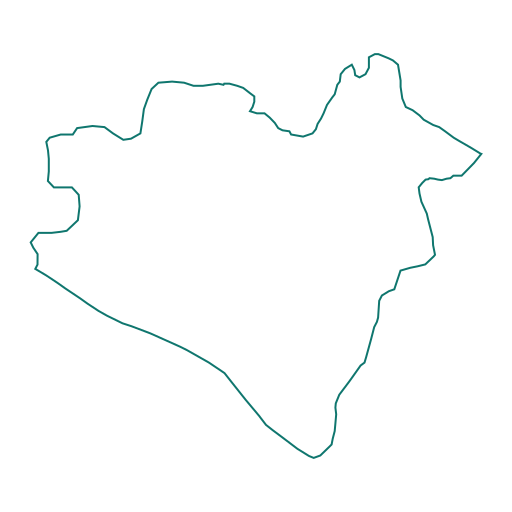 Daquq, At-Ta'mim, Iraq
{"feature_id": "34846034B46783343918511", "entity_name": "Daquq", "entity_type": "district", "adm_level": 2, "iso_a3": "IRQ", "parent_name": "Iraq", "parent_adm1": "At-Ta'mim", "projection": "natural_earth1", "projection_center": [44.248, 34.995], "detail": "fine", "context": "isolated", "style": "outline", "palette": "teal", "viewbox_px": 512, "rotation_deg": 0, "n_neighbors": 0, "source": "geoboundaries", "source_scale": "gbopen_adm2", "svg_char_len": 2136}
<svg xmlns="http://www.w3.org/2000/svg" viewBox="0 0 512 512"><path d="M331.6,444.5L332.7,438.8L334.7,431.1L335.4,423.4L336.2,414.3L335.4,407.6L335.8,403.3L339.3,394.7L349.4,381.3L352.9,376.4L360.6,365.5L364.5,362.6L366.1,357.3L371.1,339.1L374.2,327.1L376.9,321.9L378.1,317.6L379.2,300.8L381.9,295.5L388.9,291.2L394.3,289.3L400.5,270.6L410.2,267.8L417.6,266.3L425.3,264.4L433.8,256.3L435.0,254.8L433.1,245.2L432.7,237.1L428.0,218.9L426.8,213.6L421.4,201.7L419.5,193.5L418.7,187.3L422.2,183.0L425.6,179.6L428.4,179.2L429.5,178.2L434.2,178.7L438.0,179.6L441.9,180.1L446.6,178.7L450.4,178.2L453.3,175.7L455.7,175.7L461.6,175.7L474.0,163.0L481.3,153.9L480.3,153.5L471.7,148.2L458.9,140.8L453.7,137.7L445.1,131.3L439.2,127.1L433.2,125.0L423.7,119.7L419.5,115.4L412.6,110.2L405.8,107.0L402.3,98.5L400.6,86.9L400.6,80.5L398.0,64.7L392.9,60.4L388.6,58.3L378.3,54.1L374.9,54.1L368.9,57.3L368.9,67.8L365.5,74.2L359.5,77.4L355.2,75.2L354.4,70.0L351.8,64.7L345.0,68.9L340.7,74.2L339.8,81.6L337.3,84.8L334.7,94.3L332.2,97.5L327.0,104.9L323.6,113.3L321.0,118.6L317.6,123.9L315.9,129.2L312.5,133.4L303.1,136.6L291.1,134.5L289.4,131.3L282.5,130.3L278.2,128.1L274.8,122.9L269.7,117.6L264.5,113.3L256.8,113.3L250.0,111.2L252.6,107.0L254.3,101.7L254.3,96.4L250.0,93.2L243.2,87.9L237.2,85.8L229.5,83.7L224.2,83.7L223.5,84.8L218.3,83.7L202.9,85.8L193.5,85.8L184.1,82.7L172.1,81.6L158.4,82.7L151.6,89.0L147.3,99.6L143.9,109.1L142.2,121.8L140.4,133.4L131.0,138.7L123.3,139.8L113.0,133.4L104.5,127.1L92.5,126.0L77.1,128.1L72.8,134.5L60.8,134.5L49.7,137.7L46.3,141.9L48.0,150.4L48.8,158.8L48.8,171.5L47.9,181.0L53.9,187.4L62.5,187.4L71.9,187.4L78.7,194.8L79.6,206.4L77.9,220.2L66.7,230.8L60.7,231.8L51.3,232.9L38.4,232.9L30.7,242.4L33.3,247.7L37.6,254.1L37.5,264.6L35.3,268.9L46.2,275.4L57.8,283.1L65.1,288.3L80.2,298.4L87.6,303.7L98.5,310.9L107.0,315.7L122.5,323.3L131.4,326.2L150.4,333.4L180.3,346.8L186.9,350.1L208.6,362.4L209.7,363.1L224.5,373.1L231.5,382.0L245.8,400.0L259.4,416.2L260.1,417.2L266.0,424.9L272.6,430.1L285.4,439.7L297.4,448.8L309.0,456.0L313.7,457.9L320.3,455.5L329.2,446.9L331.6,444.5Z" fill="none" stroke="#0f766e" stroke-width="2"/></svg>